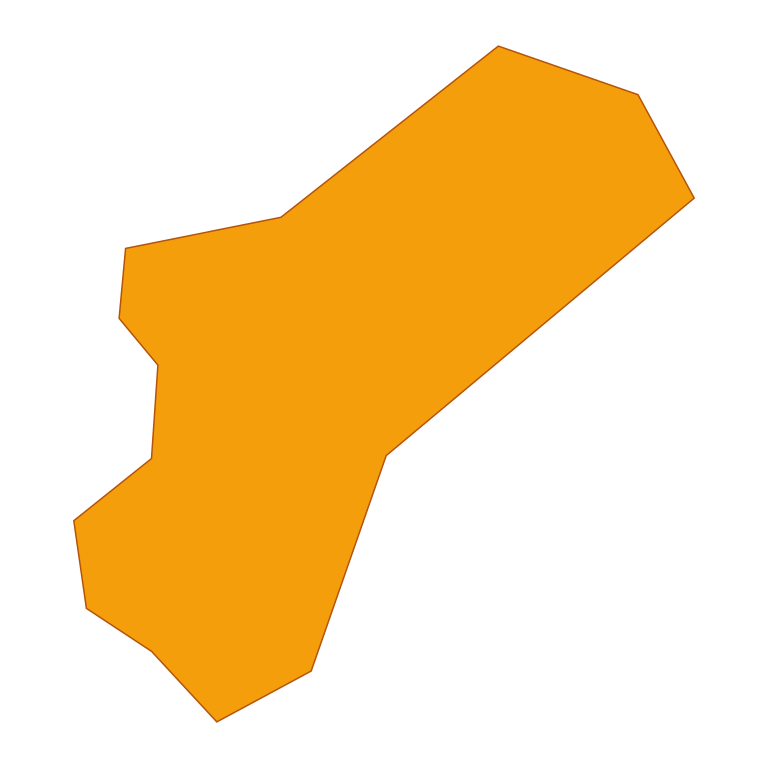 SVG path tracing the border of San Giljan
{"feature_id": "MLT-5935", "entity_name": "San Giljan", "entity_type": "state/province", "adm_level": 1, "iso_a3": "MLT", "parent_name": "Malta", "parent_adm1": "", "projection": "robinson", "projection_center": [14.492, 35.918], "detail": "fine", "context": "isolated", "style": "filled", "palette": "amber", "viewbox_px": 768, "rotation_deg": 0, "n_neighbors": 0, "source": "natural_earth", "source_scale": "10m", "svg_char_len": 307}
<svg xmlns="http://www.w3.org/2000/svg" viewBox="0 0 768 768"><path d="M498.3,46.1L638.0,94.7L694.2,198.1L386.2,455.6L311.2,671.0L216.8,721.9L151.6,651.4L86.4,608.4L73.8,520.7L151.5,458.5L157.9,365.1L119.1,318.4L125.6,248.4L280.9,217.3L498.3,46.1Z" fill="#f59e0b" stroke="#b45309" stroke-width="1.5"/></svg>